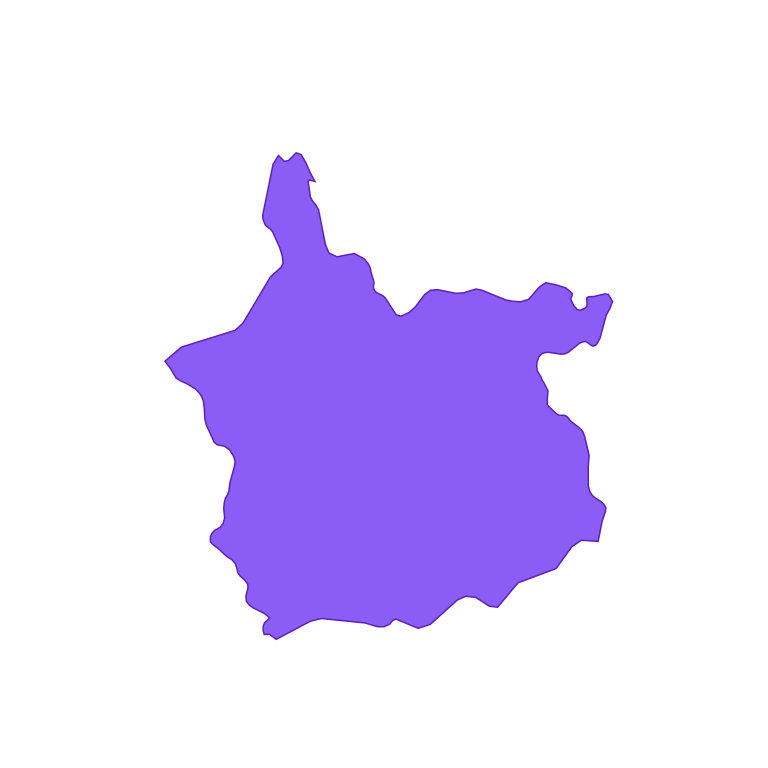 map outline of Ardennes (Albers equal-area conic projection), rotated 327°
{"feature_id": "FRA-5268", "entity_name": "Ardennes", "entity_type": "Metropolitan department", "adm_level": 1, "iso_a3": "FRA", "parent_name": "France", "parent_adm1": "", "projection": "albers", "projection_center": [4.734, 49.698], "detail": "fine", "context": "isolated", "style": "filled", "palette": "violet", "viewbox_px": 768, "rotation_deg": 327, "n_neighbors": 0, "source": "natural_earth", "source_scale": "10m", "svg_char_len": 2691}
<svg xmlns="http://www.w3.org/2000/svg" viewBox="0 0 768 768"><g transform="rotate(327 384 384)"><path d="M420.0,134.9L421.6,142.9L425.5,144.6L436.3,142.3L439.5,146.5L439.0,155.9L437.2,167.0L436.4,176.5L432.7,172.4L430.6,172.9L424.1,187.2L423.7,192.1L424.3,196.6L424.0,202.3L410.7,235.5L409.2,244.1L413.8,251.7L430.2,258.4L435.6,268.3L436.3,275.3L435.4,279.9L433.6,284.4L431.8,291.0L430.6,293.8L427.6,297.4L426.9,300.7L427.6,303.4L431.0,309.1L431.9,312.2L431.9,332.4L435.0,336.4L444.1,337.7L451.9,336.5L466.9,331.1L473.3,330.8L474.2,330.7L480.5,334.2L493.5,347.0L500.4,350.9L512.8,354.4L517.0,358.4L531.9,379.8L537.1,384.8L543.4,389.5L551.5,391.8L567.1,387.3L574.7,387.1L582.0,394.2L588.8,402.5L591.2,410.5L589.7,412.5L586.9,414.3L585.8,421.9L586.7,426.8L588.4,428.9L594.2,430.0L596.7,429.2L598.5,426.5L600.0,423.6L601.3,422.1L603.4,422.4L607.4,424.8L618.2,428.7L620.9,431.1L620.6,439.4L613.9,444.1L608.0,447.2L590.2,463.2L583.6,466.7L580.0,466.2L578.6,464.0L577.7,461.1L576.4,458.3L573.6,456.9L570.6,456.3L555.7,457.8L552.2,457.2L548.9,455.6L538.6,446.4L533.3,444.5L528.7,445.5L524.1,449.2L521.5,452.7L519.9,456.1L519.6,458.8L519.6,461.0L519.5,463.1L518.7,467.6L518.8,470.3L517.8,479.1L513.0,485.2L511.0,488.5L509.7,490.0L509.7,490.9L509.9,492.4L512.4,502.8L513.7,505.5L518.4,508.6L519.7,511.0L520.1,513.0L520.2,515.5L521.0,518.8L524.1,527.7L524.8,532.3L523.5,537.9L517.2,555.5L510.4,564.4L499.9,580.6L498.2,585.4L497.9,589.1L498.4,592.6L499.8,596.3L501.7,600.2L502.8,604.1L502.6,608.8L500.2,611.6L492.3,617.8L477.9,632.6L464.4,622.5L452.8,622.8L427.8,632.5L388.1,623.7L357.7,633.1L351.3,627.7L344.8,613.1L337.0,606.5L327.8,605.1L291.9,610.8L279.6,607.5L266.1,587.8L262.4,587.0L258.0,588.5L251.8,587.6L246.1,583.8L238.0,574.1L203.8,546.6L193.2,542.9L154.5,539.4L151.7,531.6L147.1,528.8L148.5,524.7L150.5,521.6L153.7,519.2L160.6,517.8L158.9,511.7L152.4,500.5L150.6,496.2L150.2,491.5L152.6,486.7L158.9,480.9L160.8,477.4L160.2,471.8L158.8,467.1L158.7,462.8L160.4,457.7L161.5,453.4L160.6,448.1L158.8,444.4L157.5,440.7L155.9,433.5L153.2,425.7L152.4,421.9L155.2,417.6L158.4,415.5L162.0,414.6L169.1,414.9L173.1,413.3L177.3,409.7L181.9,400.9L185.6,396.3L189.2,393.1L192.6,391.6L195.7,389.2L201.1,382.8L213.7,371.6L217.1,367.7L218.5,362.7L218.7,355.6L216.4,349.4L210.9,344.0L209.9,340.3L212.7,321.4L214.9,315.4L220.3,306.1L223.4,299.4L224.1,295.9L224.3,291.0L223.1,285.3L218.6,276.0L215.4,271.1L212.9,265.8L213.4,254.4L212.7,245.6L234.1,242.7L285.9,257.2L288.5,257.9L298.8,256.2L347.1,232.3L361.5,230.0L365.2,227.6L368.4,221.4L370.8,212.9L373.5,195.7L373.1,192.0L371.9,189.3L371.0,186.1L372.0,180.8L374.0,176.6L410.7,139.2L420.0,134.9Z" fill="#8b5cf6" stroke="#5b21b6" stroke-width="1.5"/></g></svg>